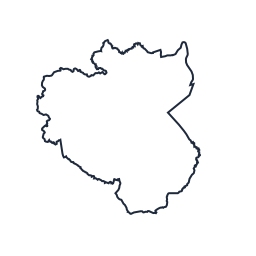 Dinh Quan, Đồng Nai, Vietnam, rotated 160°
{"feature_id": "81297802B49967994067833", "entity_name": "Dinh Quan", "entity_type": "district", "adm_level": 2, "iso_a3": "VNM", "parent_name": "Vietnam", "parent_adm1": "Đồng Nai", "projection": "albers", "projection_center": [107.306, 11.211], "detail": "fine", "context": "isolated", "style": "outline", "palette": "slate", "viewbox_px": 256, "rotation_deg": 160, "n_neighbors": 0, "source": "geoboundaries", "source_scale": "gbopen_adm2", "svg_char_len": 5838}
<svg xmlns="http://www.w3.org/2000/svg" viewBox="0 0 256 256"><g transform="rotate(160 128 128)"><path d="M210.5,144.1L209.7,143.2L208.1,142.3L206.2,143.6L206.1,142.2L205.7,141.7L205.1,141.7L204.8,140.8L204.4,140.6L204.4,140.2L203.2,140.1L203.4,139.5L202.5,139.3L202.7,138.5L201.8,137.3L200.4,137.5L200.1,138.9L199.7,139.5L198.3,139.5L197.2,140.1L196.4,139.8L195.6,140.0L198.3,126.5L198.5,124.2L198.3,122.3L197.2,122.2L195.9,122.5L195.9,121.7L194.6,119.0L194.1,119.0L193.4,117.4L193.2,116.0L192.6,115.3L191.1,114.7L190.9,114.2L191.1,113.6L190.4,112.8L189.7,112.3L187.8,109.9L187.7,109.3L186.0,107.4L186.4,107.0L186.5,106.6L185.9,105.8L185.7,104.7L185.0,103.6L184.9,103.0L183.5,101.7L183.2,100.9L182.3,100.4L181.7,99.3L181.8,98.7L180.7,96.9L179.3,96.3L178.4,95.5L178.7,94.6L176.9,94.7L176.4,94.3L176.5,93.0L177.1,92.2L175.5,91.8L174.2,89.8L173.7,90.2L172.8,90.0L171.1,88.1L170.5,86.9L169.3,86.6L168.1,85.4L168.5,84.3L167.1,84.4L165.1,82.7L164.0,83.4L163.1,83.5L162.4,82.9L162.3,82.2L162.6,81.7L161.7,81.3L161.6,81.0L160.9,81.1L160.5,81.9L160.0,82.2L158.5,84.6L158.0,84.5L157.5,83.6L155.7,82.5L155.3,83.3L153.8,83.1L154.1,81.3L154.0,78.9L154.3,78.2L155.6,76.8L156.7,74.7L158.2,73.1L162.1,71.0L161.5,69.3L161.6,66.9L161.0,65.0L160.3,63.9L158.8,62.8L158.1,58.4L157.2,56.7L156.7,53.6L157.0,51.7L156.5,49.3L156.8,49.1L155.8,48.2L155.1,46.6L154.4,46.3L151.3,46.6L144.4,45.4L143.1,44.8L142.6,43.6L142.1,43.3L140.2,43.3L138.5,42.6L137.8,43.1L136.8,42.8L133.3,39.4L131.9,39.1L130.9,38.4L130.2,39.0L130.7,40.0L130.5,41.0L128.8,41.5L126.9,41.9L124.7,42.1L123.7,41.7L122.9,41.8L122.2,41.0L121.1,41.3L119.4,41.0L118.0,42.1L116.9,44.0L116.4,45.1L116.6,46.2L115.7,47.5L115.2,49.9L114.5,50.5L114.3,51.1L112.6,52.6L111.8,52.7L103.5,49.7L102.4,50.0L101.6,50.6L99.2,50.3L98.7,50.7L98.2,51.7L97.8,51.7L97.4,52.3L96.2,52.9L95.3,52.6L94.8,52.8L94.8,53.7L92.0,54.0L91.6,55.0L89.6,56.0L87.5,59.3L83.9,62.2L82.4,62.7L81.5,63.2L80.0,65.6L80.1,67.5L78.7,68.6L78.1,68.6L78.3,69.1L78.1,69.8L77.8,69.9L77.6,69.3L77.2,69.1L77.0,69.4L77.1,70.0L76.0,70.1L75.1,71.3L74.1,71.5L74.1,71.9L74.8,71.8L74.9,72.1L74.1,73.7L74.1,74.1L74.6,74.4L74.7,75.2L74.1,76.5L73.7,76.7L72.3,76.5L71.6,76.7L70.8,78.2L70.4,77.5L69.7,77.8L69.6,78.4L70.0,79.3L69.3,80.9L70.1,81.9L69.6,82.8L68.5,83.0L68.5,83.3L68.9,83.4L68.8,84.3L69.4,84.2L69.3,85.0L70.6,85.3L70.6,85.6L70.1,85.8L70.1,86.4L70.7,86.5L70.8,87.0L71.4,87.3L71.5,88.3L72.0,88.1L71.6,89.9L71.3,90.2L72.0,91.0L71.2,90.8L71.0,91.2L71.5,91.7L71.7,92.6L72.1,92.5L72.4,91.8L73.2,92.4L73.4,94.9L74.3,96.4L75.3,102.2L76.5,106.4L79.1,113.9L85.2,128.8L59.0,137.9L51.5,146.9L54.8,147.1L52.8,149.5L51.1,150.7L50.2,151.7L49.0,155.6L49.0,159.4L50.9,166.9L51.0,169.7L50.0,173.0L49.1,174.2L47.1,176.1L46.5,177.2L45.3,182.2L44.8,188.0L45.3,189.0L46.1,189.6L47.5,189.8L49.2,188.1L51.0,185.4L54.6,184.0L58.1,181.2L61.1,181.1L61.3,181.4L62.9,181.6L66.2,182.8L68.5,182.7L72.6,183.4L72.1,185.7L71.0,188.0L70.8,190.3L78.6,190.5L78.9,189.9L80.6,190.4L83.6,192.5L83.7,193.4L85.2,196.8L86.1,197.5L86.2,198.7L86.6,198.9L86.4,199.6L86.8,199.7L86.4,200.2L87.3,200.4L88.0,201.7L87.9,203.6L88.7,203.9L89.1,203.8L89.4,204.3L90.3,203.3L90.6,204.3L91.5,204.8L93.1,204.3L93.4,204.6L93.8,204.2L93.6,203.6L93.7,202.9L94.0,203.2L94.8,202.8L95.3,202.1L95.6,202.6L96.2,202.5L97.4,201.3L97.9,201.6L99.3,201.7L100.3,201.3L100.4,201.8L101.0,201.7L101.2,201.4L101.8,201.5L101.9,201.0L102.4,201.1L102.6,200.9L103.3,201.2L103.3,200.8L103.7,201.2L104.3,201.0L105.4,199.8L106.2,200.1L107.0,199.3L107.6,199.7L107.6,200.1L108.0,200.2L107.9,200.7L108.3,200.4L108.4,200.9L109.2,201.0L109.2,201.7L110.3,202.3L110.0,204.1L110.8,205.4L110.8,206.3L111.7,206.7L112.1,207.4L113.4,208.0L113.8,208.0L114.1,207.8L114.5,208.1L115.0,207.9L115.3,208.1L115.4,208.8L115.2,210.0L114.8,210.4L115.3,211.0L115.1,211.9L115.7,213.5L116.5,213.7L117.2,215.0L116.8,216.5L117.0,217.6L119.7,217.5L121.2,216.7L121.3,216.4L122.1,216.4L122.3,216.0L122.1,215.5L122.5,214.5L123.8,213.1L125.3,212.6L126.7,210.5L126.9,209.4L127.3,209.7L129.7,210.2L133.7,210.6L135.1,209.6L135.4,208.2L136.2,207.8L136.7,208.0L136.8,207.2L137.7,206.8L138.0,205.9L138.6,205.6L138.5,205.1L139.0,204.9L138.4,204.0L138.6,203.7L138.4,202.9L138.7,202.7L138.3,202.3L138.8,201.8L138.6,201.1L137.4,200.0L137.3,199.1L136.6,198.8L137.0,198.3L136.6,197.3L137.0,197.4L137.4,197.1L137.6,196.3L137.1,193.9L136.7,193.8L136.7,194.2L135.9,193.7L135.6,194.4L133.3,193.8L132.6,192.7L132.1,192.6L132.0,192.0L131.4,191.6L131.1,190.5L129.5,189.5L129.2,189.0L129.3,187.3L131.0,186.4L131.7,186.6L132.9,189.3L135.5,188.8L136.3,190.2L137.6,189.9L139.9,190.7L142.7,189.3L144.3,190.2L145.2,189.6L147.1,189.5L148.3,190.5L148.5,191.2L148.3,192.4L150.0,193.0L151.2,194.3L151.3,195.2L153.4,197.0L153.1,198.3L153.3,199.0L153.8,199.2L154.8,198.5L155.4,198.6L156.1,200.8L157.0,201.9L157.8,202.1L158.5,202.0L159.1,201.5L159.6,200.2L160.8,199.7L161.7,200.6L162.1,202.2L163.4,203.0L164.3,204.2L166.4,205.0L168.6,205.3L169.8,206.8L170.6,207.4L171.6,207.1L171.5,205.5L171.9,205.0L174.4,205.7L178.4,205.7L181.4,203.6L182.0,203.4L184.3,203.8L186.3,204.8L189.5,205.0L189.8,204.6L189.9,203.8L190.6,202.2L191.8,201.5L193.2,200.0L194.3,197.6L194.1,195.8L192.6,193.5L192.8,192.2L193.6,191.6L195.2,191.6L195.9,190.4L197.0,189.5L197.1,188.8L196.3,187.6L196.9,186.9L198.7,186.8L200.0,186.1L200.6,187.1L201.0,188.7L201.5,189.0L202.2,188.8L202.5,187.8L202.4,186.1L203.8,185.1L204.1,183.6L205.2,181.6L205.3,179.1L206.3,176.8L207.3,176.2L207.2,174.7L205.9,173.7L206.0,172.4L205.7,172.0L204.3,170.9L202.9,169.1L200.4,168.8L199.0,167.1L198.7,166.5L198.7,164.9L198.2,163.3L198.4,163.0L199.7,162.3L201.1,162.5L202.0,162.1L202.4,159.7L203.3,159.3L203.0,157.9L203.3,157.4L203.9,157.5L204.8,158.4L205.3,158.5L208.5,157.1L209.2,156.4L209.3,155.3L208.3,154.3L207.7,152.4L207.9,152.1L209.2,151.5L211.2,148.6L211.2,147.8L210.2,146.0L210.5,144.1Z" fill="none" stroke="#1e293b" stroke-width="2"/></g></svg>